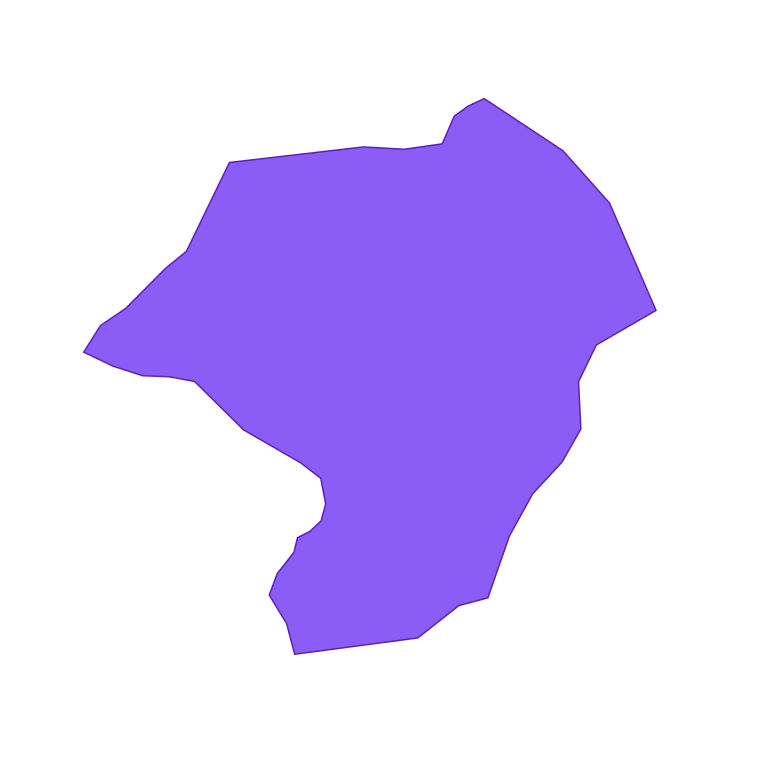 the border of Kyankwanzi, rotated 345°
{"feature_id": "UGA-5602", "entity_name": "Kyankwanzi", "entity_type": "District", "adm_level": 1, "iso_a3": "UGA", "parent_name": "Uganda", "parent_adm1": "", "projection": "natural_earth1", "projection_center": [31.594, 1.103], "detail": "fine", "context": "isolated", "style": "filled", "palette": "violet", "viewbox_px": 768, "rotation_deg": 345, "n_neighbors": 0, "source": "natural_earth", "source_scale": "10m", "svg_char_len": 663}
<svg xmlns="http://www.w3.org/2000/svg" viewBox="0 0 768 768"><g transform="rotate(345 384 384)"><path d="M554.6,134.2L617.2,205.0L648.7,267.7L665.8,383.3L599.2,401.2L572.5,432.1L562.5,478.4L535.8,505.5L499.1,528.6L465.7,563.4L429.0,617.4L399.0,617.4L351.0,638.0L227.8,621.9L227.9,590.1L218.5,558.2L231.9,539.4L253.4,523.3L260.6,510.1L274.5,507.1L287.9,499.8L296.6,484.8L298.5,458.7L283.3,438.8L236.5,392.0L201.7,332.5L178.3,321.4L152.9,313.5L126.7,296.5L102.2,275.5L125.3,254.2L154.1,244.1L202.8,215.8L227.5,204.7L292.1,130.0L425.5,149.7L464.4,162.5L502.4,167.1L521.2,143.4L537.5,137.3L554.6,134.2Z" fill="#8b5cf6" stroke="#5b21b6" stroke-width="1.5"/></g></svg>